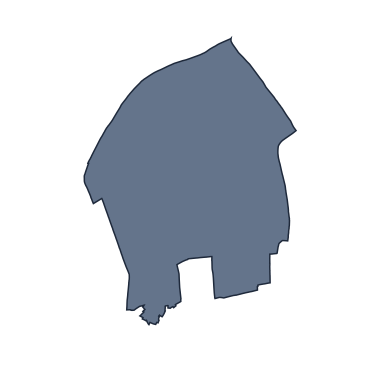 the district of Lat Lum Kaeo, Pathum Thani, Thailand, rotated 54°
{"feature_id": "78962969B45209726561008", "entity_name": "Lat Lum Kaeo", "entity_type": "district", "adm_level": 2, "iso_a3": "THA", "parent_name": "Thailand", "parent_adm1": "Pathum Thani", "projection": "robinson", "projection_center": [100.399, 14.041], "detail": "fine", "context": "isolated", "style": "filled", "palette": "slate", "viewbox_px": 384, "rotation_deg": 54, "n_neighbors": 0, "source": "geoboundaries", "source_scale": "gbopen_adm2", "svg_char_len": 5765}
<svg xmlns="http://www.w3.org/2000/svg" viewBox="0 0 384 384"><g transform="rotate(54 192 192)"><path d="M143.4,278.6L144.2,268.8L144.9,268.9L145.6,269.1L148.9,270.0L150.8,270.6L155.4,272.0L157.9,272.7L161.0,273.6L163.2,274.3L164.5,274.6L166.0,275.1L167.7,275.6L169.0,276.0L172.8,277.1L174.7,277.6L176.0,278.1L177.7,278.6L182.3,279.9L184.0,280.4L185.2,280.8L186.7,281.2L191.3,282.6L192.9,283.1L194.3,283.6L195.1,283.8L195.8,283.9L198.3,284.7L199.2,285.0L201.1,285.6L202.3,285.9L204.4,286.6L205.0,286.8L213.7,289.2L218.8,290.4L221.4,291.1L221.9,291.3L222.2,291.5L224.5,293.1L225.1,293.6L225.7,294.0L226.2,294.6L227.7,295.9L228.2,296.4L228.7,296.8L229.0,297.0L233.2,300.7L236.2,303.4L238.2,305.1L240.2,306.9L241.5,308.1L244.0,310.1L246.2,311.8L249.0,314.1L250.8,311.4L251.3,310.9L251.5,311.0L251.7,310.9L251.8,310.8L252.5,310.1L252.8,309.5L253.5,308.4L253.6,308.1L253.5,306.2L253.7,301.9L253.8,301.6L253.9,301.1L254.7,299.4L254.9,298.7L255.0,298.2L255.4,297.3L255.7,298.0L256.0,298.7L256.1,299.4L256.7,299.4L258.7,299.2L259.3,299.1L259.5,299.9L259.4,300.0L259.7,301.9L260.8,301.5L260.9,301.9L260.9,302.3L261.0,302.6L261.1,302.9L261.1,303.6L261.5,305.7L261.6,307.0L263.8,306.0L264.2,305.7L264.8,305.5L265.5,306.8L267.6,305.6L269.0,305.0L268.9,304.6L268.9,304.4L269.0,304.2L269.9,304.4L270.4,304.6L271.2,304.7L273.1,304.9L273.5,304.9L274.0,304.8L272.8,302.6L275.0,301.4L276.2,300.6L277.8,299.2L277.3,298.3L276.8,297.1L277.9,296.4L276.4,294.1L276.0,294.3L274.5,293.1L274.2,292.8L274.1,292.5L273.7,291.7L273.0,292.0L272.9,292.0L272.5,290.7L272.9,290.6L273.5,290.2L274.9,289.8L275.4,289.4L274.5,287.2L273.7,285.6L273.3,284.9L272.6,283.7L272.3,283.9L271.8,283.2L271.1,282.8L270.4,282.1L269.9,281.7L268.6,280.8L268.6,280.5L268.7,280.4L269.6,278.4L269.8,278.2L271.7,279.6L272.1,279.2L273.3,277.8L273.3,277.7L273.2,277.0L273.2,276.7L273.4,275.5L273.5,274.8L274.8,274.8L274.6,272.0L274.6,271.9L273.3,271.6L273.9,266.6L274.0,265.4L272.1,264.1L272.1,263.9L271.9,263.7L271.3,263.4L262.0,258.1L254.9,253.5L250.7,250.7L247.8,249.4L243.7,247.7L241.9,246.9L242.2,244.2L242.4,242.5L242.7,240.3L243.2,238.1L243.3,237.6L243.6,236.5L243.8,235.9L244.1,235.1L243.8,234.4L244.1,233.8L244.7,232.8L245.7,231.1L247.8,227.5L248.5,226.4L250.0,223.7L252.6,219.4L253.0,218.8L255.1,215.1L255.9,213.9L256.8,214.5L258.9,216.1L259.8,216.6L265.3,220.4L266.6,221.2L268.3,222.0L269.8,222.7L271.9,223.9L274.2,225.3L283.4,231.2L286.9,233.4L287.8,233.9L288.6,234.4L289.6,234.9L290.8,235.7L291.7,236.0L293.2,232.2L293.5,231.6L294.6,230.3L296.2,228.7L296.4,228.5L297.8,224.9L298.5,223.1L299.2,221.4L300.1,219.2L300.5,218.5L301.1,217.3L301.3,217.1L301.4,216.9L303.0,212.9L303.7,211.1L305.1,207.7L306.1,205.5L306.9,203.6L307.6,202.2L308.8,199.2L309.4,197.7L309.8,196.7L306.9,194.7L306.8,194.4L307.0,194.1L306.1,193.4L306.6,192.0L308.3,188.5L309.1,187.0L310.5,183.9L311.4,182.2L306.3,178.6L305.3,177.9L304.3,177.3L303.8,176.9L302.9,176.3L301.9,175.6L301.3,175.1L300.7,174.8L300.0,174.3L298.7,173.4L297.7,172.7L297.0,172.1L295.8,171.2L295.5,171.1L295.3,170.8L295.1,170.8L294.2,170.1L293.2,169.4L291.1,167.9L290.1,167.1L288.0,165.6L289.5,163.2L289.9,162.4L291.5,159.7L291.6,159.4L291.5,159.1L291.1,158.7L289.8,157.4L286.9,154.5L286.4,153.8L285.6,152.9L285.2,152.5L285.0,152.2L284.7,151.4L284.4,148.1L284.4,147.7L284.5,147.3L284.6,147.1L284.8,146.9L285.9,145.5L287.8,143.3L285.0,140.6L284.4,140.2L283.6,139.6L282.2,138.2L281.4,137.5L280.3,136.7L279.3,135.7L278.5,134.9L278.2,134.6L277.3,134.0L276.6,133.2L275.6,132.4L272.9,130.3L272.4,129.9L271.3,129.3L270.9,128.9L268.9,127.9L266.6,126.6L264.5,125.5L263.4,124.7L262.7,124.3L261.6,123.6L259.4,122.4L258.3,121.8L254.4,119.6L252.6,118.7L249.8,117.3L248.4,116.6L248.0,116.4L247.0,115.9L246.2,115.4L245.1,114.9L243.2,113.8L241.7,113.0L239.8,112.2L237.1,111.1L234.4,110.0L232.5,109.2L230.6,108.5L229.4,108.0L226.8,106.9L225.7,106.4L221.1,104.4L218.6,103.5L216.8,102.7L216.0,102.4L215.0,101.9L214.9,101.9L212.8,100.7L211.2,99.8L209.0,98.2L207.2,96.7L205.7,95.3L204.8,93.7L204.1,91.7L203.7,90.1L203.5,88.5L203.5,85.5L203.7,76.0L203.5,71.7L199.4,71.7L197.0,71.4L194.5,70.9L192.6,70.5L189.7,70.5L187.9,70.5L184.6,70.4L177.1,69.9L175.7,70.0L174.5,69.9L170.8,70.0L168.2,69.9L166.3,70.1L163.7,69.9L150.7,70.6L147.5,70.2L144.5,69.9L140.0,70.1L129.0,70.2L122.4,70.3L118.7,70.9L113.0,71.5L106.5,72.5L104.1,72.4L96.2,72.3L93.5,71.9L92.6,71.6L91.2,70.6L90.6,70.0L90.7,70.4L90.7,70.7L89.1,78.0L88.8,79.4L88.0,83.3L87.8,85.0L87.7,87.2L87.3,89.8L87.0,92.6L86.9,93.6L86.9,97.9L86.8,99.1L86.7,100.0L86.6,100.6L86.3,101.8L86.2,102.5L86.0,103.7L85.7,105.0L85.3,106.5L83.6,112.4L82.8,115.2L81.6,119.1L81.3,119.9L80.2,122.6L79.3,125.4L77.5,130.8L77.1,132.7L76.7,134.8L76.5,135.4L76.0,137.9L75.1,143.0L74.7,145.2L74.0,148.2L73.4,151.5L73.3,152.2L73.1,154.2L72.8,159.1L72.8,160.0L72.7,162.1L72.7,162.5L72.7,162.9L72.6,164.4L72.7,166.3L72.6,166.9L72.8,167.6L72.8,168.3L73.0,169.3L73.3,170.4L73.4,171.3L73.9,174.5L74.1,175.6L74.5,178.0L74.8,179.3L75.0,180.1L75.5,182.3L75.9,184.1L76.9,187.9L77.5,189.5L78.3,192.2L79.0,194.8L79.9,197.8L80.2,198.4L80.9,199.8L81.3,200.5L82.7,203.9L83.6,206.1L84.8,208.9L87.1,214.2L87.5,215.3L87.9,216.5L88.3,217.7L89.1,220.3L89.2,221.0L89.5,221.7L89.9,223.0L90.1,223.7L91.2,226.2L91.7,227.1L92.5,229.0L93.3,230.6L94.1,232.4L94.7,234.0L95.6,235.9L98.5,241.6L100.0,244.6L100.5,245.6L102.0,248.6L102.7,249.9L103.7,251.9L104.3,252.8L104.5,253.4L104.9,254.1L105.3,254.8L105.8,256.1L107.0,258.5L107.6,259.4L108.1,258.9L109.2,260.6L110.4,262.3L113.2,266.3L114.3,267.7L115.1,269.0L115.6,269.6L116.2,270.1L118.4,271.6L119.2,272.2L120.3,272.9L121.2,273.3L122.6,273.7L124.5,274.1L126.2,274.3L128.6,274.8L130.1,275.2L132.9,275.8L135.7,276.5L136.5,276.8L137.6,277.2L138.0,277.2L138.7,277.4L140.9,278.0L143.4,278.6Z" fill="#64748b" stroke="#1e293b" stroke-width="1.5"/></g></svg>